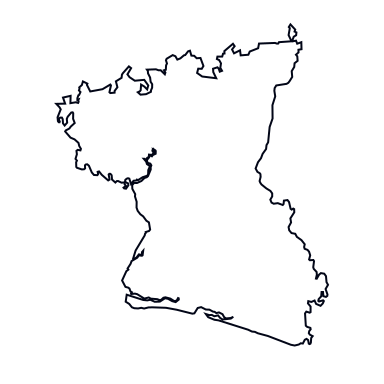 outline of San Félix, Chiriquí, Panama, rotated 356°
{"feature_id": "35544464B1884855613124", "entity_name": "San Félix", "entity_type": "district", "adm_level": 2, "iso_a3": "PAN", "parent_name": "Panama", "parent_adm1": "Chiriquí", "projection": "robinson", "projection_center": [-81.909, 8.256], "detail": "fine", "context": "isolated", "style": "outline", "palette": "ink", "viewbox_px": 384, "rotation_deg": 356, "n_neighbors": 0, "source": "geoboundaries", "source_scale": "gbopen_adm2", "svg_char_len": 5929}
<svg xmlns="http://www.w3.org/2000/svg" viewBox="0 0 384 384"><g transform="rotate(356 192 192)"><path d="M158.0,89.2L153.0,91.2L147.4,91.3L144.9,88.7L147.0,87.9L147.9,86.9L148.7,81.3L151.7,83.4L154.4,86.5L155.8,82.7L152.2,76.8L142.7,77.0L137.7,73.1L135.8,70.1L139.9,64.2L137.8,62.3L131.2,68.8L130.3,70.1L129.7,73.2L123.8,76.3L124.9,82.3L121.9,85.7L121.7,87.5L117.4,87.6L116.6,86.7L118.6,80.0L118.0,79.1L109.9,83.2L97.5,84.6L94.6,77.7L95.2,76.6L90.9,74.1L89.6,77.6L86.8,79.8L87.0,81.1L86.3,82.8L87.7,84.5L86.2,87.3L85.4,87.6L84.2,90.4L84.1,92.1L85.4,91.7L84.9,92.7L85.2,94.1L84.6,95.2L82.3,94.4L76.9,94.9L77.6,87.6L69.9,88.8L71.6,95.0L62.8,94.6L65.8,98.3L66.8,100.4L63.1,108.1L63.2,112.0L63.9,113.1L64.7,113.2L65.0,112.5L64.3,110.6L64.7,109.3L65.7,108.6L67.4,108.7L68.1,110.3L68.1,114.5L69.6,116.8L72.3,114.1L72.2,110.3L73.3,108.2L77.1,104.3L78.5,104.2L79.0,105.1L78.5,110.7L79.8,115.0L75.6,118.3L74.1,120.1L70.3,121.8L69.7,122.8L74.6,129.3L78.5,131.3L82.2,135.1L82.7,138.2L84.2,141.2L83.6,142.7L80.9,142.0L79.6,142.9L79.8,146.3L78.1,150.8L79.4,152.7L78.5,154.2L78.3,158.9L78.9,159.8L83.7,161.8L85.9,161.8L87.0,161.0L87.1,157.9L88.1,157.1L89.5,157.1L91.0,158.6L93.4,165.5L95.4,168.2L98.8,168.6L99.6,167.6L99.3,165.3L100.7,165.0L103.2,168.6L109.2,174.6L110.6,173.9L110.1,168.7L110.8,168.1L111.9,168.2L113.0,169.7L113.1,174.0L116.2,177.2L117.7,175.9L119.0,175.9L122.4,177.8L125.6,177.7L125.3,179.5L126.5,181.2L124.0,182.9L124.6,183.7L126.4,184.1L129.0,180.9L128.9,179.0L126.9,177.9L126.0,176.6L126.3,175.3L127.7,174.2L129.1,173.8L130.4,174.3L131.7,179.7L134.5,176.7L137.4,176.6L137.9,175.8L139.0,176.4L143.8,173.8L148.6,172.6L149.5,171.0L149.9,167.1L151.9,163.3L149.0,161.0L148.4,158.5L146.2,155.5L147.1,155.6L148.0,157.3L149.7,154.8L151.4,154.0L151.7,151.7L154.5,152.2L155.5,151.3L157.8,151.1L158.1,149.8L156.2,149.7L155.5,148.6L155.4,147.6L156.4,146.3L158.1,148.1L159.2,147.7L157.8,148.7L156.2,147.2L156.5,149.1L158.6,149.5L158.4,151.3L155.5,152.4L154.5,153.6L152.3,152.3L151.7,154.4L149.2,157.0L149.7,159.8L152.4,160.8L153.3,162.6L152.5,164.3L152.4,166.7L149.2,173.1L147.9,174.1L145.6,174.7L142.3,177.5L137.7,179.2L134.9,178.9L132.8,181.0L132.7,184.7L135.2,190.2L134.8,192.4L136.1,197.9L135.6,203.7L136.5,207.0L138.9,210.6L141.6,212.9L144.5,217.5L146.9,219.3L147.6,226.6L146.4,227.9L143.0,228.7L143.1,229.5L142.2,230.5L141.8,232.0L131.7,246.4L128.6,254.4L129.4,254.9L132.2,253.3L134.7,250.5L137.7,251.4L137.9,248.5L139.2,247.2L138.3,251.7L137.6,252.1L134.6,251.5L132.8,253.7L126.9,256.7L125.7,259.4L122.4,263.8L123.1,265.0L121.0,266.4L116.1,275.4L119.0,282.0L121.8,283.0L122.9,284.0L123.7,286.9L125.0,287.8L124.1,288.9L124.3,289.5L128.0,289.4L130.2,290.1L137.0,295.0L141.5,294.2L143.4,295.5L149.9,296.5L152.5,297.7L154.0,297.2L156.1,295.5L158.1,295.2L162.9,296.8L166.7,299.6L169.1,299.3L170.7,296.8L171.3,297.1L171.3,298.4L168.0,300.7L164.6,299.5L160.7,296.9L157.7,296.1L152.3,299.1L147.2,298.9L142.9,296.6L139.8,297.0L135.8,296.3L119.7,289.9L118.2,296.8L121.6,299.3L124.0,302.8L126.3,303.9L130.1,304.4L133.3,304.0L136.1,304.9L140.6,304.1L144.6,304.3L158.0,305.7L168.6,308.4L183.9,313.4L185.9,313.2L189.6,308.1L193.1,307.5L197.6,310.2L201.2,310.6L204.6,312.8L206.2,313.1L207.8,314.5L210.5,314.0L213.9,316.0L215.4,319.2L217.3,320.5L221.8,320.4L224.5,319.4L221.9,321.0L213.5,321.3L211.2,319.5L209.4,316.9L205.6,317.5L203.2,316.0L200.6,316.0L197.3,314.7L199.4,318.0L205.4,321.0L209.5,321.9L238.4,333.3L242.1,335.4L245.0,335.9L247.8,337.5L257.6,340.9L280.0,351.3L283.7,352.3L287.9,351.6L289.9,350.5L292.0,350.9L294.2,347.3L296.0,346.5L297.5,347.8L297.9,351.4L298.6,351.9L299.5,351.6L300.1,350.4L300.7,346.0L302.3,344.2L299.6,342.5L298.7,341.0L299.2,339.0L300.8,337.2L300.6,335.8L297.5,334.6L296.2,333.3L296.3,321.0L297.7,319.3L301.0,320.6L301.9,320.1L302.3,314.5L299.9,311.2L300.4,309.0L303.4,310.0L306.7,308.8L308.0,312.3L312.3,314.5L314.7,312.3L315.9,310.0L315.2,309.2L311.1,310.1L310.4,309.4L310.9,307.7L313.6,305.1L314.3,300.8L315.7,300.9L315.8,305.1L318.3,306.0L319.7,305.1L320.0,303.7L318.5,298.1L321.2,294.1L319.9,291.3L319.8,285.3L318.2,282.7L314.9,281.9L313.0,283.3L310.4,287.2L309.6,287.0L310.8,283.1L310.7,280.4L308.1,277.2L307.7,275.5L308.9,269.5L308.3,268.3L304.9,268.3L304.1,267.5L305.5,263.4L304.6,259.7L303.2,257.8L300.4,256.5L300.0,254.7L300.8,252.0L297.8,247.6L293.5,244.1L292.1,240.9L288.4,239.9L286.3,237.0L285.9,233.7L288.7,229.3L288.3,225.2L292.6,219.4L292.7,216.2L291.8,215.6L290.2,216.5L289.2,215.6L288.1,208.8L286.7,206.7L283.1,207.0L282.5,210.4L281.6,211.3L276.8,209.1L272.7,209.4L270.6,208.1L269.6,205.1L271.7,202.0L271.9,199.0L270.3,196.4L266.4,193.6L261.8,189.3L260.7,187.4L260.2,185.8L261.5,181.7L261.5,179.0L260.9,178.0L258.7,176.5L257.1,173.0L259.9,166.9L263.2,163.1L265.1,158.9L268.9,154.3L269.6,150.4L271.4,147.8L274.0,132.5L277.5,124.3L278.3,111.0L281.7,102.4L281.2,96.8L281.7,94.1L283.5,91.6L293.9,90.7L295.7,89.8L297.1,88.2L300.0,84.2L299.9,78.4L302.7,74.4L303.3,70.7L306.5,68.5L306.5,64.0L305.3,62.3L308.0,60.2L308.1,57.5L311.2,57.2L311.5,50.2L307.3,51.4L306.3,48.3L303.0,48.7L303.0,47.1L304.3,44.2L306.8,42.9L307.3,40.1L305.5,39.1L306.3,37.2L301.9,31.7L300.1,34.2L301.0,35.4L299.3,42.2L301.8,48.6L289.2,48.6L288.4,49.9L287.1,49.9L285.2,49.1L269.2,48.6L268.0,53.2L259.4,55.9L257.8,59.0L250.1,59.1L249.8,54.0L243.6,56.6L241.9,52.6L244.7,49.5L243.2,47.0L234.1,53.7L234.1,56.1L232.6,56.2L231.6,59.0L226.8,58.7L226.1,61.1L228.3,62.3L229.9,65.7L228.9,70.1L230.4,73.2L228.1,73.9L227.3,71.0L226.1,69.4L221.6,70.5L221.6,73.9L224.1,80.2L210.2,77.5L205.4,73.6L206.8,69.4L210.3,69.8L212.2,67.1L209.8,58.9L206.0,58.9L203.7,56.3L200.9,55.9L199.8,50.9L197.9,51.4L194.8,54.9L193.5,55.1L189.7,57.9L186.6,58.9L184.9,55.4L182.3,54.1L176.0,57.3L175.2,58.8L176.0,62.1L175.0,63.8L174.4,68.2L172.6,68.6L173.8,71.0L173.1,72.7L169.3,68.4L167.0,68.2L164.6,67.1L155.6,66.8L156.4,68.1L156.4,70.6L158.2,74.9L158.4,79.1L159.8,81.7L159.5,85.2L158.2,87.7L158.0,89.2Z" fill="none" stroke="#020617" stroke-width="2"/></g></svg>